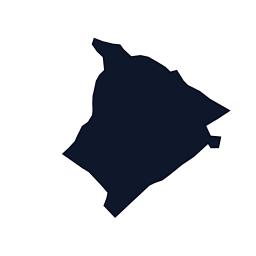 Estância Velha, Rio Grande do Sul, Brazil, rotated 129°
{"feature_id": "56859067B57024538505568", "entity_name": "Estância Velha", "entity_type": "district", "adm_level": 2, "iso_a3": "BRA", "parent_name": "Brazil", "parent_adm1": "Rio Grande do Sul", "projection": "natural_earth1", "projection_center": [-51.188, -29.652], "detail": "fine", "context": "isolated", "style": "filled", "palette": "ink", "viewbox_px": 256, "rotation_deg": 129, "n_neighbors": 0, "source": "geoboundaries", "source_scale": "gbopen_adm2", "svg_char_len": 853}
<svg xmlns="http://www.w3.org/2000/svg" viewBox="0 0 256 256"><g transform="rotate(129 128 128)"><path d="M108.6,59.2L89.1,56.3L90.9,51.2L86.2,45.6L77.0,50.4L82.7,58.8L77.5,69.5L64.5,64.7L50.8,60.3L54.4,82.3L54.7,95.1L57.6,108.4L56.9,114.6L52.9,126.3L58.2,130.2L57.6,137.3L58.6,145.1L60.4,156.6L64.0,163.7L70.9,170.3L70.2,181.0L68.7,186.5L72.6,192.5L77.1,202.0L79.8,210.4L85.2,208.3L87.6,199.9L88.1,191.9L97.7,182.3L104.7,183.1L111.3,182.0L117.9,178.6L125.0,175.1L130.9,170.7L135.9,166.3L140.2,163.4L148.4,162.3L155.7,164.3L161.5,162.9L166.1,161.9L171.6,160.4L181.3,161.0L189.0,162.2L188.2,151.8L187.3,138.3L186.3,130.6L187.3,123.3L188.5,114.1L190.5,102.7L195.8,100.0L203.2,97.6L205.2,82.1L196.4,80.9L184.3,79.3L170.5,77.3L159.2,75.8L153.4,73.1L146.6,68.9L136.9,66.5L122.6,63.5L108.6,59.2Z" fill="#0f172a" stroke="#020617" stroke-width="1.5"/></g></svg>